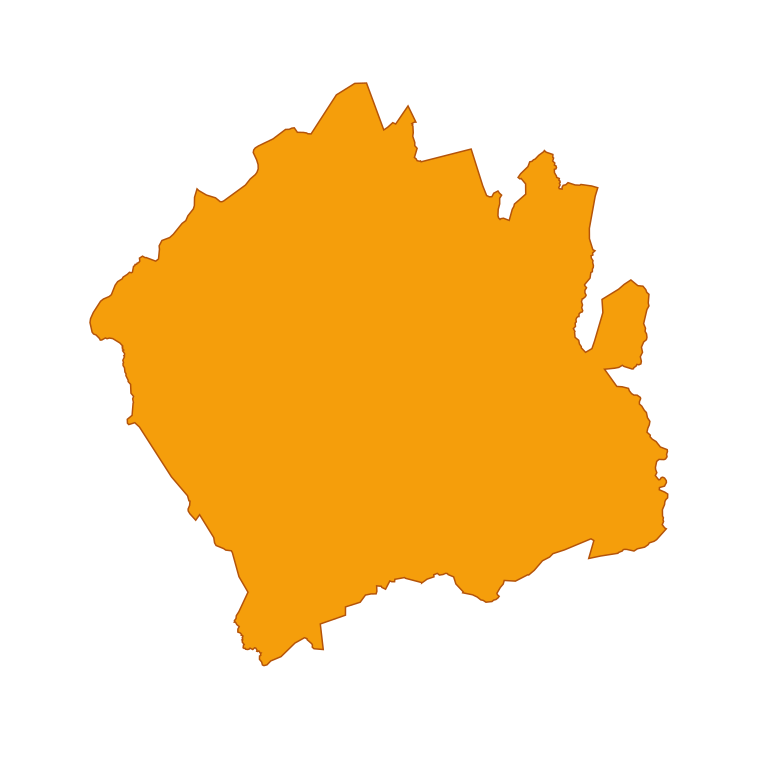 the district of Edenderry Lea-6, Offaly, Ireland, rotated 278°
{"feature_id": "5873133B48901885331675", "entity_name": "Edenderry Lea-6", "entity_type": "district", "adm_level": 2, "iso_a3": "IRL", "parent_name": "Ireland", "parent_adm1": "Offaly", "projection": "orthographic", "projection_center": [-7.208, 53.279], "detail": "fine", "context": "isolated", "style": "filled", "palette": "amber", "viewbox_px": 768, "rotation_deg": 278, "n_neighbors": 0, "source": "geoboundaries", "source_scale": "gbopen_adm2", "svg_char_len": 6149}
<svg xmlns="http://www.w3.org/2000/svg" viewBox="0 0 768 768"><g transform="rotate(278 384 384)"><path d="M182.1,515.3L183.6,521.2L185.2,522.6L186.2,524.9L188.2,526.8L189.8,527.6L191.0,525.8L192.4,524.9L198.7,527.5L202.5,529.9L206.2,530.4L207.1,541.6L215.1,552.9L215.0,553.9L220.5,558.8L231.0,565.5L235.7,572.1L239.5,574.9L244.8,585.7L259.5,610.5L258.2,613.6L239.7,611.0L243.8,622.4L248.9,639.2L249.8,639.7L251.8,643.2L253.3,644.0L253.7,645.0L254.0,647.4L253.4,654.8L256.1,657.9L258.7,664.8L261.7,668.0L263.6,668.8L265.8,673.3L267.8,675.6L279.9,683.7L280.5,682.1L283.4,679.1L286.9,680.0L288.2,679.2L290.5,679.3L291.9,678.2L298.3,677.2L303.6,678.6L306.6,678.5L308.8,679.2L310.7,680.7L314.5,680.3L316.0,677.1L317.6,671.3L319.8,671.2L321.9,676.0L325.8,677.4L327.6,677.0L329.9,674.9L330.5,673.0L329.9,671.6L327.7,670.5L327.4,669.3L331.1,665.4L334.2,666.5L337.1,664.9L339.2,664.4L345.3,664.8L347.6,666.8L348.1,671.8L348.9,673.2L351.3,674.4L353.8,673.6L356.7,674.1L358.4,673.6L360.1,666.4L364.9,661.4L366.7,657.3L368.8,654.8L370.4,654.8L372.9,651.1L376.9,651.4L380.4,652.4L384.0,652.5L387.3,649.6L392.3,647.8L394.1,645.5L398.0,642.3L399.7,639.7L402.0,639.4L405.2,640.2L406.4,639.7L408.2,636.2L407.8,633.0L409.0,630.4L411.4,627.9L413.7,626.7L414.4,620.2L414.0,614.9L429.3,600.3L431.7,610.1L433.1,614.2L435.7,617.4L434.8,619.2L433.4,627.6L433.8,628.9L434.9,629.1L436.9,631.2L438.6,631.7L438.5,633.7L439.7,635.6L442.3,635.7L446.7,634.0L451.4,635.6L456.3,633.8L461.8,635.3L464.4,637.7L466.8,637.9L470.2,637.0L472.5,635.2L475.6,635.2L479.9,632.7L494.3,634.0L498.2,635.5L501.0,634.4L509.7,633.9L511.3,631.5L513.9,630.1L516.9,626.8L516.7,621.7L521.4,614.0L516.1,608.0L510.5,603.1L498.1,588.1L485.2,590.8L455.7,586.5L448.0,585.0L443.4,579.2L447.2,574.4L448.6,574.1L450.8,572.0L454.4,570.7L456.8,566.7L461.8,565.5L462.6,565.8L465.2,563.8L467.7,565.6L470.9,564.8L472.3,565.8L474.5,565.1L476.5,565.6L477.8,566.7L477.9,567.7L480.6,567.4L482.3,568.7L482.9,570.2L484.2,570.6L487.1,569.1L489.9,569.6L493.0,568.1L496.0,568.5L496.1,569.2L498.5,571.3L500.1,571.8L502.2,570.3L504.7,569.9L507.5,571.2L509.4,569.1L510.3,568.8L517.6,573.3L523.2,573.3L524.2,574.7L527.0,574.4L528.4,575.0L530.4,574.9L533.4,573.7L535.2,573.8L537.5,571.8L539.8,571.2L540.8,572.9L542.8,572.3L545.3,574.4L546.1,572.1L556.5,567.2L566.7,565.7L599.3,567.0L608.1,568.4L609.0,562.1L609.0,551.2L608.1,550.2L607.7,545.6L609.0,538.2L606.6,536.3L605.7,533.8L603.7,533.0L601.8,533.2L601.8,530.4L602.9,529.7L605.6,530.7L607.2,529.7L608.3,530.4L609.7,529.8L610.2,528.8L611.9,529.0L612.6,526.2L613.8,525.9L617.0,523.4L620.3,522.8L620.9,524.3L622.3,524.7L624.0,523.9L624.4,522.3L626.6,522.4L628.2,520.0L631.4,520.5L631.9,519.6L634.8,519.3L636.1,512.4L637.5,510.3L636.4,509.9L632.0,505.4L627.8,502.4L626.8,500.8L625.1,499.5L624.3,497.4L619.3,496.3L611.2,490.0L607.2,488.0L606.0,490.1L606.6,491.2L601.8,496.4L591.7,497.9L580.3,488.1L577.9,487.9L574.9,486.7L563.4,485.2L564.8,479.2L564.0,476.7L563.1,476.0L564.5,474.3L566.6,473.4L572.8,472.8L578.4,473.5L584.0,472.7L587.4,474.2L589.0,471.8L591.0,470.0L588.2,466.1L584.5,464.8L584.0,462.4L584.9,459.4L594.0,454.2L628.8,437.6L609.2,389.8L610.0,389.1L609.5,388.0L609.8,385.7L611.6,384.3L612.5,382.6L622.0,384.0L624.3,381.3L627.4,380.9L633.3,378.0L636.9,378.0L643.5,376.7L644.2,375.9L644.9,376.3L645.7,375.3L647.6,377.7L647.8,379.1L662.7,369.1L643.1,359.4L644.0,356.3L638.6,351.8L635.6,348.4L679.6,324.8L677.6,313.2L663.7,296.6L621.5,277.0L621.2,273.7L621.8,272.5L621.9,269.2L621.2,263.2L625.2,259.5L624.5,257.0L623.0,254.7L622.4,251.1L611.2,239.9L602.4,226.7L599.8,223.6L597.6,222.4L595.0,222.3L588.2,226.7L583.7,228.8L579.5,229.5L575.8,228.7L573.4,227.4L568.4,223.0L561.7,219.1L542.9,199.7L541.9,198.1L541.8,196.3L544.9,191.3L546.4,181.9L549.8,173.6L551.2,171.7L542.5,170.4L534.2,171.4L530.8,170.8L523.3,166.4L518.2,165.0L514.9,161.7L502.9,154.5L499.2,151.4L495.2,144.1L489.5,142.1L486.1,142.9L476.4,143.3L473.9,140.8L476.1,130.9L475.9,129.8L477.0,127.1L474.6,124.3L471.7,125.1L470.0,124.1L469.3,122.7L468.2,122.4L467.7,120.8L466.6,120.8L465.6,119.6L459.8,119.3L459.0,118.4L459.2,116.4L456.8,114.5L453.6,110.8L451.7,110.1L448.3,106.0L444.4,104.0L434.5,101.6L432.4,99.7L429.1,94.3L426.5,91.8L414.4,86.2L407.9,84.3L403.9,84.3L394.8,87.7L393.1,89.4L392.5,92.0L389.5,95.9L388.0,96.9L388.3,98.4L390.8,101.7L390.3,103.4L391.3,105.7L391.2,109.1L387.9,116.7L385.2,120.0L384.2,119.5L383.3,120.3L382.4,120.0L381.4,121.5L380.5,120.6L378.0,122.9L376.4,123.0L375.8,122.4L374.8,123.2L371.2,122.1L368.8,123.1L368.0,122.7L365.9,123.1L364.0,124.7L359.8,125.8L358.2,127.1L356.3,127.3L352.2,130.1L350.8,130.3L348.4,133.1L339.7,134.7L336.9,137.7L334.3,137.2L330.6,138.5L330.1,138.2L317.9,138.9L313.3,134.7L309.5,135.4L308.3,136.9L311.0,142.6L307.4,147.8L262.5,186.4L246.0,205.0L241.2,207.1L241.0,208.2L236.7,208.4L232.9,207.4L231.0,207.8L228.4,209.9L222.9,216.5L228.9,219.6L208.2,236.8L203.2,238.3L200.7,240.2L198.7,248.1L197.5,250.4L197.6,256.0L195.9,257.3L173.0,267.2L158.9,278.3L138.4,272.0L134.0,270.0L131.1,270.1L128.9,268.8L128.0,269.4L127.4,268.9L127.1,270.4L125.3,271.7L123.6,274.4L121.0,273.4L118.0,273.8L117.5,276.2L116.2,277.8L115.3,277.6L115.0,279.2L113.9,279.4L113.1,278.9L111.7,279.6L110.8,278.9L110.5,279.6L108.8,279.5L106.5,281.8L105.9,281.2L103.2,281.2L102.7,282.3L102.9,283.3L102.1,283.9L102.1,286.1L102.9,287.6L103.8,288.1L102.8,291.0L104.8,292.6L104.6,293.8L102.8,295.3L101.7,295.1L101.5,296.0L102.2,297.2L100.5,298.8L100.5,299.7L99.8,299.3L98.1,299.7L97.3,298.6L94.0,299.0L91.7,301.5L88.9,302.7L88.4,304.3L89.6,307.2L94.0,310.4L99.7,320.0L115.1,331.9L121.7,340.6L121.1,343.2L120.1,343.5L116.8,348.5L115.7,349.4L113.4,349.6L112.1,351.5L112.6,360.8L137.5,354.3L149.7,378.0L157.9,376.9L164.6,390.8L172.4,395.0L174.3,400.3L175.1,405.4L177.7,405.8L183.1,404.8L183.3,409.5L182.3,410.1L181.0,414.1L189.8,417.2L189.3,419.2L189.7,422.0L192.1,421.9L195.2,431.3L194.6,432.2L192.6,449.1L192.2,449.1L196.8,453.9L200.0,460.3L202.0,459.8L203.9,463.1L202.5,465.5L203.6,469.0L205.1,471.4L205.1,473.2L204.2,474.0L202.7,479.8L196.0,483.0L189.2,491.4L188.2,491.0L187.6,501.0L186.0,506.0L183.7,509.9L183.5,512.4L182.1,515.3Z" fill="#f59e0b" stroke="#b45309" stroke-width="1.5"/></g></svg>